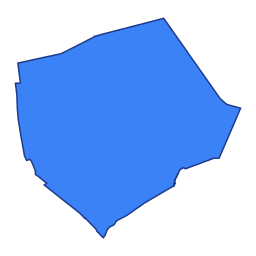 Borger-Odoorn, Drenthe, Netherlands
{"feature_id": "6326949B13062469247327", "entity_name": "Borger-Odoorn", "entity_type": "district", "adm_level": 2, "iso_a3": "NLD", "parent_name": "Netherlands", "parent_adm1": "Drenthe", "projection": "albers", "projection_center": [6.905, 52.899], "detail": "fine", "context": "isolated", "style": "filled", "palette": "blue", "viewbox_px": 256, "rotation_deg": 0, "n_neighbors": 0, "source": "geoboundaries", "source_scale": "gbopen_adm2", "svg_char_len": 4158}
<svg xmlns="http://www.w3.org/2000/svg" viewBox="0 0 256 256"><path d="M163.6,18.3L137.5,25.1L121.6,29.2L102.3,34.2L101.6,34.4L97.9,35.4L97.8,35.7L97.7,35.6L97.1,35.7L96.6,35.9L96.3,36.0L96.2,36.0L95.9,36.2L95.0,36.2L95.0,36.4L94.9,36.4L95.0,36.5L94.6,36.7L93.6,37.2L91.9,38.1L89.8,39.1L89.4,39.3L88.4,39.8L87.4,40.3L86.8,40.7L85.9,41.1L83.8,42.2L82.8,42.7L81.7,43.3L79.6,44.3L77.5,45.4L68.1,50.2L63.4,52.5L60.7,53.8L54.9,55.0L54.5,55.1L51.5,55.8L46.0,56.9L17.9,63.1L17.9,63.3L18.1,65.0L20.4,83.0L15.4,83.3L16.1,88.8L16.3,90.1L16.4,91.6L16.9,94.8L16.9,96.2L17.0,98.7L17.1,100.6L17.1,100.9L17.1,101.7L17.1,103.2L17.2,103.3L17.2,103.9L17.3,108.2L17.9,115.6L18.0,116.7L18.1,118.5L18.3,119.7L18.4,120.4L19.0,124.0L19.3,125.9L19.5,126.9L19.8,129.0L20.1,131.1L20.4,132.8L20.7,134.4L20.9,135.8L21.5,139.3L22.1,142.4L23.6,150.7L23.7,151.5L24.5,155.9L25.5,157.9L26.6,160.4L29.9,159.4L31.4,161.2L31.5,161.4L34.5,168.6L34.9,169.6L35.7,171.4L35.2,171.8L35.5,172.8L35.4,174.4L36.8,175.5L37.5,175.8L46.7,183.2L44.2,185.0L47.1,187.3L48.4,188.3L62.6,199.6L75.2,209.5L79.0,212.6L79.8,213.2L84.8,218.4L85.1,217.9L86.1,219.0L86.6,219.4L87.0,219.9L91.7,224.8L93.3,226.3L94.2,227.2L94.4,227.5L95.6,228.7L95.8,228.9L96.2,229.6L96.5,230.3L96.6,230.5L96.7,230.8L96.8,231.0L96.9,231.3L97.1,231.5L97.4,231.8L97.7,232.1L98.6,233.0L99.6,234.0L100.0,234.4L100.7,235.1L101.7,236.2L102.0,236.4L102.9,237.4L103.3,237.7L103.5,237.5L104.7,235.8L104.8,235.6L105.0,235.3L105.4,234.6L105.5,234.3L105.9,233.3L106.0,233.1L106.1,232.8L106.3,232.1L106.4,231.7L106.7,230.9L106.8,230.7L107.4,229.6L107.5,229.4L108.4,228.4L108.8,228.0L109.2,227.5L109.3,227.4L109.4,227.2L110.1,226.8L111.4,226.1L112.1,225.8L113.6,225.0L113.8,224.9L114.0,224.7L114.4,224.1L115.5,222.5L116.3,221.3L116.8,220.7L117.6,220.3L118.9,219.6L120.0,219.0L127.0,215.3L132.7,211.3L132.8,211.2L134.7,209.9L134.8,209.8L135.8,209.1L140.0,206.2L140.6,205.8L144.4,203.0L145.0,202.7L148.6,200.6L158.3,194.9L159.5,194.2L165.8,190.5L169.5,188.3L170.7,187.6L172.8,186.4L172.8,186.5L173.0,186.5L173.5,186.4L173.6,186.1L173.9,186.0L173.9,185.9L174.0,185.9L174.0,185.6L173.9,185.6L173.9,185.4L173.9,185.2L174.0,185.1L174.3,184.8L174.5,184.8L174.5,184.7L174.4,184.4L174.2,184.3L173.9,184.2L173.9,183.9L174.0,183.8L174.0,183.7L174.3,183.5L174.5,183.5L174.8,183.5L175.0,183.5L175.3,183.5L175.3,183.4L175.2,183.2L175.0,182.9L175.1,182.7L175.0,182.4L174.9,182.3L174.8,182.2L174.7,182.2L174.5,182.3L174.4,182.3L174.4,182.2L174.4,181.9L174.5,181.9L174.7,181.3L174.8,181.3L174.9,181.2L174.9,180.8L174.9,180.7L174.7,180.5L174.6,180.4L174.7,180.2L174.8,180.2L174.8,180.3L174.8,180.1L175.2,180.2L175.2,179.9L175.1,179.7L175.1,179.4L175.1,179.2L175.1,178.8L175.2,178.7L175.4,178.7L175.5,178.6L175.5,178.4L175.5,178.2L175.8,178.1L176.2,177.9L176.3,177.8L176.4,177.7L176.5,177.5L176.5,177.4L176.4,177.3L176.3,177.1L176.3,176.9L176.5,176.9L176.8,176.8L176.9,176.7L176.8,176.4L176.7,176.2L176.7,175.9L176.7,175.6L176.8,175.5L176.8,175.4L177.1,175.1L177.3,174.8L177.6,174.9L177.8,174.8L177.8,174.7L177.6,174.5L177.6,174.4L177.5,174.2L177.7,173.9L177.8,173.8L178.1,173.8L178.2,173.7L178.5,173.0L178.5,172.9L178.6,172.7L178.7,172.4L178.8,171.9L178.9,171.7L179.0,171.6L179.0,171.4L179.0,171.2L179.2,170.9L179.4,170.8L179.5,170.7L179.6,170.4L179.7,170.2L179.8,170.0L179.9,169.9L180.1,169.7L180.4,169.5L180.5,169.3L180.8,169.1L181.0,169.0L181.0,168.9L181.4,168.8L181.5,168.8L181.5,168.7L181.7,168.4L181.8,168.3L182.0,168.2L182.2,168.3L182.4,168.1L182.6,168.0L182.7,167.9L182.8,167.9L183.0,167.9L183.1,168.0L183.4,167.9L183.5,167.9L183.7,167.7L183.8,167.6L184.5,168.2L185.3,168.8L185.5,168.8L186.2,168.5L197.6,164.3L199.3,163.7L201.3,162.9L210.2,159.6L214.1,158.2L219.1,158.2L233.4,125.0L240.6,108.2L227.0,104.5L225.5,103.3L225.3,103.1L224.7,102.6L224.3,102.3L223.8,101.8L223.4,101.5L223.0,101.2L222.6,100.7L222.4,100.6L222.1,100.4L221.5,99.8L220.0,98.4L219.9,98.2L219.1,97.1L216.3,93.2L215.8,92.4L211.7,86.6L210.2,84.4L208.5,82.1L205.4,77.6L204.2,75.9L202.2,73.1L200.9,71.2L199.9,69.9L199.7,69.5L199.5,69.2L198.8,68.3L198.6,67.9L198.4,67.7L192.4,59.2L187.2,51.8L184.6,48.0L174.3,33.4L164.2,19.0L163.6,18.3Z" fill="#3b82f6" stroke="#1e3a8a" stroke-width="1.5"/></svg>